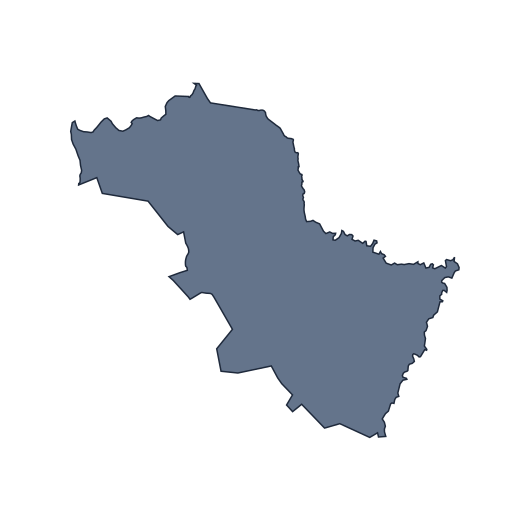 San Juan Comaltepec, Oaxaca, Mexico, rotated 9°
{"feature_id": "50627088B18833881773629", "entity_name": "San Juan Comaltepec", "entity_type": "district", "adm_level": 2, "iso_a3": "MEX", "parent_name": "Mexico", "parent_adm1": "Oaxaca", "projection": "robinson", "projection_center": [-95.952, 17.329], "detail": "fine", "context": "isolated", "style": "filled", "palette": "slate", "viewbox_px": 512, "rotation_deg": 9, "n_neighbors": 0, "source": "geoboundaries", "source_scale": "gbopen_adm2", "svg_char_len": 4804}
<svg xmlns="http://www.w3.org/2000/svg" viewBox="0 0 512 512"><g transform="rotate(9 256 256)"><path d="M412.4,413.9L410.4,409.6L409.9,406.8L410.4,403.9L408.8,400.1L406.2,397.2L406.6,396.1L408.5,391.5L411.0,388.5L412.1,381.0L413.2,379.9L415.3,380.0L415.5,376.1L416.5,373.7L419.0,372.3L417.5,369.2L418.3,359.7L420.5,355.7L424.3,354.2L423.7,353.3L420.2,352.8L419.3,351.3L419.8,348.8L420.9,347.4L423.2,346.2L423.9,345.4L423.6,340.8L424.4,338.9L427.1,337.6L428.9,335.4L427.9,332.9L426.3,330.4L426.3,328.7L427.1,327.9L428.4,328.1L430.9,328.8L432.9,330.2L434.2,329.7L437.3,322.1L439.2,322.4L439.3,321.5L436.4,318.6L436.3,311.0L434.8,307.9L434.1,304.8L435.6,303.1L436.4,298.6L434.7,294.8L436.5,291.0L440.3,289.1L440.7,286.7L443.9,282.8L444.9,272.5L447.3,272.0L447.5,271.0L444.3,269.8L443.8,266.7L445.4,264.7L445.1,263.4L445.8,260.8L447.2,260.5L450.0,262.1L450.1,260.0L449.5,257.1L446.6,253.6L444.7,253.5L443.5,252.9L443.3,251.3L445.8,247.8L449.2,246.5L452.9,247.2L454.4,241.4L455.3,239.6L458.5,237.9L458.4,235.6L456.2,232.2L452.5,230.4L452.3,226.1L451.1,228.9L448.9,230.2L444.8,229.7L443.8,230.9L445.8,236.7L444.9,238.3L440.6,236.4L434.6,240.6L432.3,240.1L432.6,237.0L431.3,236.1L429.8,236.9L428.8,240.1L425.7,241.3L422.8,236.6L419.6,238.9L417.1,238.1L416.8,236.4L412.9,239.6L408.3,239.6L403.7,241.3L400.9,241.3L396.9,242.5L394.0,241.3L391.0,243.7L385.7,242.7L381.9,238.2L383.9,236.1L382.4,234.7L379.6,234.0L378.2,232.1L377.1,235.0L370.8,233.9L370.3,229.5L371.6,225.7L373.5,224.1L372.8,222.2L370.1,221.9L369.3,225.3L367.6,228.5L363.8,228.6L362.4,224.4L361.4,224.3L359.4,226.8L354.5,224.5L351.5,225.7L348.2,224.5L348.7,221.1L347.2,219.9L345.0,220.1L343.0,221.8L340.6,220.9L338.5,218.0L336.8,217.4L336.8,220.4L335.2,224.8L331.8,228.1L329.5,228.0L329.3,224.9L331.0,222.6L331.1,221.1L328.1,221.7L325.1,220.7L321.5,222.9L318.8,221.0L313.8,214.3L309.7,213.3L306.7,211.9L304.5,213.2L300.6,214.1L299.2,211.8L298.4,209.2L296.9,205.5L296.2,203.1L296.0,201.9L295.8,199.7L295.7,197.9L295.3,196.7L295.2,195.3L294.9,194.6L293.6,193.1L293.4,192.2L293.6,191.4L293.7,190.7L293.2,190.0L292.7,189.0L292.7,187.8L293.0,187.0L293.6,186.9L293.9,186.4L294.0,185.5L294.0,184.8L293.7,184.2L293.0,182.9L292.4,182.5L291.6,181.8L291.2,181.1L290.3,180.3L290.0,179.7L289.9,178.9L290.1,177.9L289.9,176.7L289.7,175.9L290.2,175.6L290.7,175.4L290.8,174.7L290.0,174.1L289.7,173.4L289.2,173.0L289.3,172.5L289.1,171.6L288.5,169.7L288.9,168.9L288.5,168.3L287.0,168.1L285.9,167.0L284.0,164.6L284.0,162.5L283.7,161.4L284.0,161.1L284.5,161.0L283.8,158.6L283.0,156.6L282.4,155.1L282.4,153.5L282.1,152.4L281.9,152.0L281.8,150.6L281.8,148.3L281.1,147.4L280.0,147.7L278.9,147.5L278.1,147.0L277.3,145.2L277.2,144.1L276.6,142.9L275.9,141.1L274.6,137.6L274.8,136.3L274.7,135.3L274.2,134.8L273.0,134.7L272.4,134.5L270.8,134.6L270.6,134.6L269.4,134.7L268.1,134.4L267.4,133.8L266.9,133.5L265.6,133.1L264.5,132.1L263.9,131.1L262.7,129.6L259.9,126.0L258.7,125.3L256.3,124.1L255.4,123.7L253.5,122.6L247.2,119.2L246.1,118.5L244.2,116.3L243.6,115.0L243.4,114.5L242.9,112.8L241.6,111.5L240.4,111.0L239.2,110.9L237.5,111.3L236.5,111.8L234.9,112.0L233.9,111.5L232.4,111.9L187.1,111.9L183.5,108.2L172.7,94.6L167.8,95.2L170.5,96.6L170.0,97.6L169.8,99.3L169.6,100.6L168.9,102.1L168.6,103.4L168.4,104.6L167.6,106.6L166.4,108.0L166.1,109.0L165.7,109.7L165.1,109.7L164.6,109.4L164.5,109.0L151.1,110.6L145.5,116.2L144.1,118.5L143.0,122.5L144.2,126.7L144.8,130.1L143.0,132.0L140.8,134.6L140.4,136.5L137.6,137.6L134.4,136.5L129.2,134.7L127.9,134.0L126.2,135.3L123.6,136.3L121.1,137.5L119.0,138.1L116.4,138.2L113.7,140.5L112.4,142.1L111.8,143.6L113.0,144.6L112.4,146.4L110.9,149.1L107.7,151.8L104.9,153.6L100.6,153.4L100.0,152.8L97.5,151.3L93.4,147.8L91.8,145.6L87.4,142.9L84.7,144.3L82.0,148.0L80.3,151.0L78.5,154.1L76.6,156.8L75.6,159.0L73.8,159.9L69.8,159.9L66.2,160.2L62.5,159.5L60.1,158.7L58.2,155.6L56.9,153.0L56.0,151.0L53.7,153.0L53.6,155.9L53.5,162.0L54.6,164.8L55.6,169.8L57.9,174.1L61.4,178.7L62.7,181.2L64.6,184.8L67.2,189.0L68.5,193.9L70.4,198.7L70.4,201.2L69.6,203.0L69.5,204.5L70.2,206.8L70.5,209.0L70.6,211.0L69.6,212.2L69.7,213.6L86.5,203.5L94.4,218.2L140.8,218.7L164.5,240.6L175.3,247.1L180.7,243.5L184.6,254.3L185.9,255.9L186.9,257.3L187.8,258.7L188.5,260.5L189.0,262.8L188.5,264.7L187.9,266.1L187.5,267.2L187.2,269.6L187.1,271.1L187.2,273.0L187.5,274.7L187.8,276.1L188.3,277.2L188.8,277.5L189.5,278.1L190.0,279.4L190.4,280.9L189.0,281.6L183.4,284.4L173.3,290.0L178.1,293.1L195.5,307.0L197.6,309.1L199.7,307.4L207.0,301.2L208.1,300.5L212.6,300.5L216.8,300.1L218.6,300.7L220.8,303.1L244.2,332.1L231.7,353.8L239.5,375.3L256.4,374.4L288.3,362.2L296.5,373.0L301.4,378.1L313.8,387.5L309.5,398.4L316.5,404.0L324.3,395.3L350.6,415.2L351.6,414.8L365.0,408.5L396.7,417.4L403.7,411.6L405.3,415.6L412.4,413.9Z" fill="#64748b" stroke="#1e293b" stroke-width="1.5"/></g></svg>